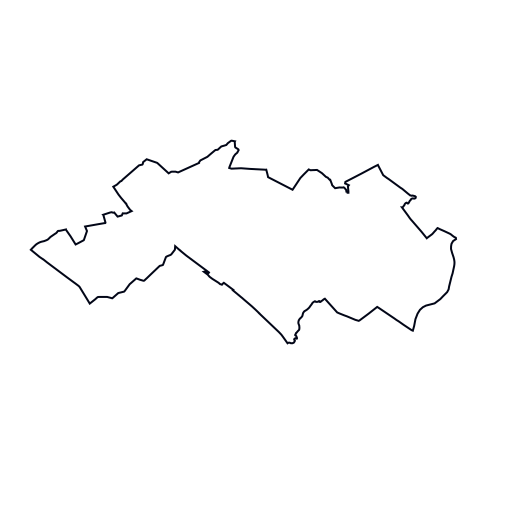 Viesturu pag., Rundales, Latvia, rotated 45°
{"feature_id": "27541924B49235557147399", "entity_name": "Viesturu pag.", "entity_type": "district", "adm_level": 2, "iso_a3": "LVA", "parent_name": "Latvia", "parent_adm1": "Rundales", "projection": "orthographic", "projection_center": [23.935, 56.446], "detail": "fine", "context": "isolated", "style": "outline", "palette": "ink", "viewbox_px": 512, "rotation_deg": 45, "n_neighbors": 0, "source": "geoboundaries", "source_scale": "gbopen_adm2", "svg_char_len": 5910}
<svg xmlns="http://www.w3.org/2000/svg" viewBox="0 0 512 512"><g transform="rotate(45 256 256)"><path d="M251.2,300.8L252.2,300.4L252.1,298.3L252.2,297.7L263.9,296.0L263.9,296.6L274.8,295.6L275.5,295.5L278.6,295.3L284.8,294.8L288.7,294.5L293.6,294.3L298.8,294.2L298.8,294.3L302.6,294.2L326.0,293.6L329.6,293.7L332.3,294.1L340.0,295.4L340.1,294.8L340.6,293.9L341.5,293.3L342.2,293.1L342.6,292.8L343.0,292.3L343.1,292.2L343.4,292.0L343.5,291.7L343.7,291.4L343.8,291.1L344.0,290.3L343.9,290.1L343.8,289.5L343.7,289.1L343.4,288.4L343.0,288.2L342.9,288.2L342.3,288.2L342.0,288.0L341.8,287.7L341.8,287.2L341.9,286.6L342.1,286.2L342.6,285.9L343.3,285.6L343.3,285.4L343.0,285.1L342.6,284.8L341.2,284.2L340.4,284.1L340.1,284.2L339.8,284.3L339.6,284.1L339.4,283.9L339.2,283.1L339.2,282.9L338.9,282.4L339.0,282.3L338.9,281.9L338.9,281.3L338.9,281.2L338.8,280.8L338.8,280.7L338.7,279.3L338.7,278.0L338.6,277.5L337.6,276.2L335.9,274.7L333.7,273.7L332.7,272.8L331.7,271.2L331.6,270.5L331.4,269.8L331.3,269.2L331.4,268.7L331.4,268.4L331.4,266.9L331.2,265.7L331.0,265.3L329.7,263.2L329.5,262.4L329.3,261.4L329.3,260.6L329.6,259.7L330.0,257.7L330.1,256.1L330.1,254.8L329.7,252.5L329.5,250.8L329.2,249.7L329.1,248.8L329.4,247.2L329.7,246.3L330.9,246.0L331.9,244.9L332.3,244.0L332.3,243.6L332.7,243.1L333.2,243.1L333.5,243.4L333.8,243.2L334.0,243.0L334.1,242.6L334.1,241.6L334.4,240.5L334.5,238.8L334.9,237.5L353.3,238.5L355.1,237.8L355.4,237.7L360.3,235.6L363.1,234.3L371.4,230.9L374.5,229.2L374.8,228.1L376.4,217.2L377.7,206.3L380.0,205.8L386.7,204.5L398.1,202.3L400.6,201.9L403.2,201.3L409.0,200.3L418.5,198.4L419.7,197.9L417.4,193.8L413.4,187.9L411.0,182.5L410.0,178.1L410.2,174.2L411.3,170.8L415.8,163.2L416.8,156.1L416.7,152.3L416.7,146.4L415.8,143.4L414.1,141.0L408.9,132.4L407.3,129.3L403.3,123.1L402.1,121.5L401.0,120.3L400.1,119.5L398.6,118.4L396.6,117.2L392.4,115.1L388.9,113.1L387.0,111.1L385.6,109.1L385.2,107.6L384.8,106.0L385.5,102.6L384.4,101.8L382.6,102.4L380.6,102.7L378.5,102.9L377.3,103.2L371.5,105.3L366.6,107.2L365.0,107.7L364.6,107.9L364.7,109.5L364.8,110.0L364.9,111.5L364.9,111.8L364.9,112.3L365.1,115.2L365.1,116.2L365.0,116.8L364.5,120.2L364.2,122.4L364.2,122.7L355.7,121.8L341.7,120.8L339.8,120.7L338.0,120.5L334.7,119.9L324.8,118.4L325.1,118.1L325.2,117.9L325.2,117.1L325.1,116.5L325.0,115.6L325.0,115.2L324.8,114.9L324.6,114.5L324.4,113.5L324.5,112.5L324.6,112.2L324.8,111.9L324.9,111.7L325.1,111.7L326.2,111.6L326.4,111.4L326.4,110.7L326.4,110.3L326.2,109.8L326.1,109.4L325.7,108.1L325.8,107.1L325.5,106.4L325.6,105.4L326.2,104.3L327.2,103.7L327.7,102.9L327.8,102.0L327.2,101.2L326.3,101.2L324.0,102.5L323.5,103.3L322.9,103.6L322.7,103.7L322.3,104.1L318.8,104.5L312.0,105.1L309.7,105.6L295.4,107.8L293.5,108.2L288.8,108.9L278.0,105.5L277.8,105.4L276.5,109.3L272.4,122.8L270.0,130.4L266.8,140.4L267.7,141.7L270.4,140.7L271.6,140.3L271.8,141.8L275.7,145.0L275.8,145.1L276.6,145.9L276.1,146.4L275.6,145.8L274.5,146.6L273.0,145.5L270.4,145.3L270.1,145.3L269.4,145.5L269.1,146.1L266.5,148.6L264.0,152.1L259.9,152.1L258.8,151.5L255.0,149.8L255.0,150.0L253.8,150.0L251.2,149.9L251.0,150.0L249.8,150.5L249.3,150.6L244.0,150.8L238.3,152.0L233.8,156.9L232.1,157.5L232.1,160.8L232.1,162.4L232.1,164.7L232.2,168.9L232.2,169.4L233.9,177.8L235.0,183.3L208.8,191.7L207.1,190.6L205.6,189.7L202.2,187.7L201.9,188.1L189.9,198.9L183.5,204.4L183.1,204.8L176.9,211.6L174.8,212.7L174.3,211.8L173.1,209.0L170.2,202.3L169.9,201.5L169.7,200.2L169.5,199.0L169.5,198.5L169.7,196.3L169.6,195.7L169.4,195.5L168.9,193.5L168.5,193.2L168.2,193.1L167.9,193.1L164.8,193.8L164.2,193.7L163.9,193.5L161.6,191.5L160.1,190.2L160.0,189.8L157.2,191.7L156.9,192.2L156.3,196.2L156.5,198.4L156.5,198.5L155.5,200.4L154.0,203.1L153.8,207.9L153.7,208.1L152.4,209.7L152.4,209.8L152.3,210.2L151.9,214.7L151.7,217.2L151.5,220.2L149.2,227.4L149.1,227.7L149.1,228.0L149.5,230.1L149.6,230.3L149.9,230.5L141.8,252.0L139.6,253.2L139.3,253.4L136.5,256.3L135.8,259.3L120.5,260.0L120.1,260.1L110.3,264.9L109.8,269.4L110.8,270.9L110.9,271.2L111.0,271.7L109.2,274.6L108.9,278.8L108.7,281.8L107.7,296.1L107.8,298.2L107.4,298.9L107.3,299.4L107.2,303.5L107.1,304.3L106.1,307.9L115.4,309.8L119.4,310.3L125.7,310.8L126.9,311.0L127.2,311.0L127.3,310.8L128.7,311.4L130.2,311.8L134.4,312.4L136.3,312.2L134.3,317.5L131.6,320.1L132.4,322.1L132.4,322.4L132.1,322.8L130.3,326.0L130.2,326.0L125.0,325.5L124.9,325.8L124.7,326.1L124.0,326.6L123.0,327.1L122.3,328.1L122.0,328.6L118.8,334.9L119.0,334.9L125.9,338.8L126.0,338.9L126.1,339.1L126.1,339.3L125.9,339.5L122.0,345.0L114.3,356.0L118.7,357.8L118.9,358.0L123.0,366.4L123.0,366.8L121.2,372.7L120.3,375.4L110.9,373.2L102.9,371.8L102.8,371.7L100.2,375.8L99.2,377.3L99.0,377.5L98.6,377.9L98.3,378.3L98.3,378.8L98.3,379.3L98.4,379.5L98.5,379.9L98.5,380.6L98.5,381.2L98.2,382.4L97.2,387.9L97.2,388.8L97.2,390.5L97.1,391.8L96.5,393.4L95.5,395.6L95.4,395.7L94.1,397.8L93.4,399.3L93.0,400.5L92.7,401.6L92.4,403.0L92.3,404.7L92.3,406.5L92.3,408.8L92.4,410.8L103.7,409.7L108.8,408.7L112.5,408.3L122.3,406.9L137.0,404.8L146.2,403.4L147.4,403.2L151.7,402.6L153.1,402.6L164.7,405.4L172.1,407.2L172.9,400.4L173.0,398.3L173.1,397.2L173.2,396.9L173.4,396.6L173.9,396.0L179.7,390.2L182.6,388.5L184.2,387.6L184.3,387.5L184.8,379.6L186.5,376.8L187.9,374.5L187.9,373.5L186.8,366.4L186.6,365.2L186.7,364.2L187.2,356.5L187.3,356.4L190.8,354.8L193.9,353.1L194.1,352.9L194.3,352.6L194.4,352.2L194.4,350.8L194.5,348.6L194.6,343.3L194.9,331.1L196.5,328.3L196.5,328.2L196.1,327.1L193.1,320.5L193.1,319.9L193.4,319.0L193.9,317.7L194.8,315.7L194.9,315.1L194.9,314.3L194.2,308.9L191.9,306.2L198.1,305.8L198.1,305.7L199.1,305.6L199.6,305.7L200.3,305.6L206.4,305.0L234.4,300.9L234.5,301.4L234.4,302.0L233.4,302.4L232.8,302.9L232.3,303.1L232.0,303.2L231.4,303.0L231.0,303.2L230.6,303.5L230.3,304.0L235.1,303.3L237.3,303.5L238.0,303.5L241.4,303.0L248.5,301.4L250.2,301.3L250.7,301.2L251.2,300.8Z" fill="none" stroke="#020617" stroke-width="2"/></g></svg>